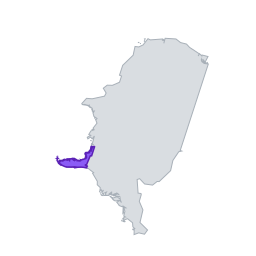 United States of America, with Florida highlighted, rotated 108°
{"feature_id": "USA-3542", "entity_name": "Florida", "entity_type": "State", "adm_level": 1, "iso_a3": "USA", "parent_name": "United States of America", "parent_adm1": "", "projection": "equal_earth", "projection_center": [-82.742, 27.771], "detail": "fine", "context": "in_parent", "style": "filled", "palette": "violet", "viewbox_px": 256, "rotation_deg": 108, "n_neighbors": 0, "source": "natural_earth", "source_scale": "10m", "svg_char_len": 9145}
<svg xmlns="http://www.w3.org/2000/svg" viewBox="0 0 256 256"><g transform="rotate(108 128 128)"><path d="M201.3,88.5L214.2,87.4L219.0,77.9L223.9,79.5L224.4,85.4L227.5,89.3L222.7,90.7L222.5,91.8L221.6,90.5L220.5,92.8L216.7,94.4L214.4,100.5L216.7,103.1L218.2,102.7L217.7,101.6L218.2,102.1L218.4,103.4L214.2,104.3L213.4,102.9L213.0,104.8L208.2,105.2L204.6,107.6L204.9,106.2L204.6,105.4L203.7,108.7L204.7,109.2L204.5,112.1L202.1,115.7L199.4,113.4L200.9,111.2L199.2,112.7L200.0,115.3L201.1,116.7L201.3,118.4L198.3,124.4L199.2,120.6L196.7,117.1L198.2,113.3L195.8,114.5L196.7,120.0L194.4,118.3L193.5,118.5L194.3,116.7L194.2,116.2L193.4,117.6L193.4,118.7L197.0,120.9L196.3,121.9L194.6,119.9L194.0,119.6L196.1,121.9L196.9,122.4L196.5,123.8L195.3,122.7L197.1,124.8L196.7,125.1L195.8,124.0L193.6,123.5L196.4,125.6L198.1,125.5L199.9,130.7L198.3,126.7L198.9,129.3L195.6,128.7L198.0,131.3L199.1,130.6L197.7,132.9L194.6,132.1L196.5,133.3L194.9,134.5L196.8,135.3L193.3,135.9L191.5,139.7L188.2,140.7L182.0,147.7L181.1,146.9L178.8,153.3L178.6,154.9L179.6,159.9L184.1,174.8L182.6,182.7L180.2,183.2L177.9,178.9L177.5,175.4L174.1,171.3L175.3,169.5L173.7,169.6L174.4,164.4L170.5,159.3L164.5,160.5L163.5,157.5L157.6,157.2L158.3,156.1L157.3,157.2L154.6,157.8L154.6,155.5L154.1,157.1L146.0,157.5L149.4,158.7L148.2,160.8L150.7,162.8L149.4,163.9L146.5,161.2L146.3,163.3L142.3,162.4L140.2,159.7L138.7,161.1L133.0,159.0L129.4,161.9L130.3,161.1L128.5,160.4L127.5,164.0L123.8,166.4L124.6,165.7L122.3,165.3L123.1,166.5L120.3,168.1L119.0,172.2L117.8,171.5L118.8,172.6L118.9,176.4L119.9,178.7L119.0,179.5L112.6,176.6L111.3,171.1L105.0,160.2L101.5,159.6L97.8,163.8L93.7,161.0L92.2,156.0L87.1,150.2L80.6,150.2L80.4,152.4L70.0,152.4L57.2,145.6L48.3,146.5L47.6,142.8L44.3,139.3L36.9,136.6L37.3,134.0L32.6,122.5L33.0,121.3L34.0,122.8L33.6,120.3L36.4,120.1L31.2,120.4L28.5,109.9L30.5,104.4L30.1,98.3L32.3,94.4L35.4,83.2L37.9,83.5L35.2,83.0L36.7,80.0L35.7,80.1L35.3,74.0L41.4,75.0L39.5,78.2L42.0,75.9L41.2,78.6L39.6,79.3L40.6,79.4L42.1,78.3L43.1,75.5L42.3,71.4L133.2,71.4L133.3,69.8L134.9,72.4L145.0,75.3L155.4,74.3L169.3,81.8L169.9,83.8L174.7,87.0L176.1,94.9L172.6,101.3L174.2,103.4L186.8,98.3L186.3,95.4L187.4,94.8L194.3,94.6L201.3,88.5ZM209.7,106.6L211.8,106.2L204.5,108.2L210.5,105.8L209.7,106.6ZM42.2,74.0L42.7,75.6L42.5,75.9L41.7,74.6L42.2,74.0ZM119.8,178.0L119.0,174.7L119.2,172.8L119.2,174.8L119.8,178.0ZM223.2,91.0L223.2,91.9L222.9,91.7L223.2,91.0ZM140.2,160.7L140.3,161.4L139.7,160.8L140.2,160.7ZM39.5,139.5L40.4,139.1L40.5,139.2L39.5,139.5ZM38.6,139.3L38.2,139.8L37.9,139.3L38.6,139.3ZM216.2,104.4L215.6,105.0L215.5,104.9L216.2,104.4ZM119.8,171.1L119.2,172.6L120.6,169.7L119.8,171.1ZM182.8,169.8L183.7,172.8L182.7,169.6L182.8,169.8ZM43.7,141.9L44.0,142.7L43.7,142.0L43.7,141.9ZM183.0,183.2L182.2,184.1L183.4,182.1L183.0,183.2ZM200.2,132.4L199.5,133.5L200.1,130.9L200.2,132.4ZM41.6,72.6L41.5,73.1L41.2,72.8L41.6,72.6ZM123.1,167.1L121.8,167.8L123.1,166.9L123.1,167.1ZM218.2,104.7L218.2,105.4L217.5,105.2L218.2,104.7ZM43.4,144.1L43.6,145.0L43.3,144.2L43.4,144.1ZM121.4,168.4L120.9,168.7L121.4,168.1L121.4,168.4ZM201.0,119.5L200.2,121.0L201.1,119.0L201.0,119.5ZM129.0,162.6L128.2,163.2L129.4,162.2L129.0,162.6ZM178.9,154.1L178.8,155.3L178.7,154.5L178.9,154.1ZM197.1,135.5L196.8,135.7L197.6,134.9L197.1,135.5ZM166.7,160.2L165.6,160.8L165.2,160.7L166.7,160.2ZM154.2,157.5L154.0,157.8L153.4,157.7L154.2,157.5ZM176.4,175.5L176.5,176.4L176.2,175.3L176.4,175.5ZM151.6,159.2L151.4,160.0L151.4,158.6L151.6,159.2ZM180.7,185.3L180.1,185.3L180.9,185.1L180.7,185.3ZM204.3,112.6L203.9,113.3L204.4,112.3L204.3,112.6ZM198.8,133.7L198.5,134.0L198.4,134.0L198.8,133.7Z" fill="#d9dde1" stroke="#a8b0b8" stroke-width="1"/><path d="M157.2,157.3L156.5,157.3L156.8,157.2L156.7,157.0L157.0,156.7L156.8,156.5L156.7,156.3L156.8,155.6L156.5,155.3L156.0,154.6L156.2,154.0L165.7,154.0L165.9,154.5L166.0,155.1L166.2,155.3L175.9,156.1L176.0,156.5L176.0,156.8L176.2,157.1L176.6,157.0L176.7,156.0L176.6,155.7L176.6,155.3L176.9,154.9L178.0,155.3L178.8,155.4L178.9,156.3L178.7,155.8L178.6,156.2L179.0,156.6L179.0,157.4L179.6,160.2L180.8,163.5L181.9,165.6L182.3,166.5L182.0,166.8L182.1,167.8L182.2,168.5L182.6,169.3L182.6,169.5L182.1,168.4L182.0,167.8L182.0,166.9L182.1,166.3L182.0,165.8L181.8,165.7L181.7,165.8L181.4,165.8L181.3,165.5L181.4,165.1L181.1,164.9L181.5,167.0L182.9,170.5L183.0,171.2L183.6,172.8L183.1,172.6L183.8,173.1L184.0,173.9L183.9,174.1L184.1,174.2L184.2,174.8L184.1,175.0L184.2,175.9L184.0,178.1L183.9,178.3L183.9,178.5L183.9,180.0L183.8,179.3L183.7,179.5L183.6,180.1L183.4,180.2L183.2,180.8L183.1,181.5L183.2,182.0L182.8,182.6L182.9,182.9L182.7,182.7L182.5,182.8L182.7,183.0L182.6,182.8L182.4,182.8L182.5,182.6L182.3,182.6L182.1,182.9L181.9,182.9L181.9,183.1L181.7,183.1L181.4,183.1L181.2,182.9L181.0,183.1L180.2,183.3L179.9,182.7L180.0,182.4L180.1,182.1L180.3,182.5L180.7,182.7L180.6,182.8L180.8,182.8L180.9,182.6L180.7,182.3L180.1,181.9L179.8,181.2L179.7,181.0L179.6,180.3L179.4,180.3L179.3,180.1L179.4,179.9L178.8,179.3L178.4,179.3L178.3,179.1L178.2,179.2L177.9,179.3L177.8,179.2L178.0,179.1L178.1,178.9L177.8,178.8L177.6,178.1L177.6,178.3L177.4,176.6L177.3,176.3L177.3,176.6L176.8,176.4L176.8,176.2L176.9,176.3L177.2,176.0L177.2,175.8L177.7,175.2L177.2,175.6L177.0,176.1L176.7,176.2L176.5,175.4L176.6,174.5L176.5,174.3L176.8,174.0L176.9,173.8L176.4,174.0L176.2,174.2L176.1,173.9L176.0,174.0L175.8,173.7L176.1,174.1L176.3,174.8L176.2,174.9L176.2,174.7L176.1,174.8L175.6,174.6L175.5,174.1L175.4,174.0L175.5,174.3L175.4,174.2L175.1,173.3L175.0,172.8L174.7,172.4L174.8,172.3L174.7,171.8L174.2,171.5L174.1,171.2L174.4,171.5L174.4,171.3L174.3,171.2L174.6,171.3L174.4,171.2L174.7,171.1L175.4,169.8L175.2,169.2L175.0,169.7L174.8,169.7L174.8,169.1L174.5,169.0L174.6,168.9L174.2,168.6L174.2,169.0L174.4,169.0L174.1,169.2L174.7,169.4L174.6,169.5L174.5,170.2L174.4,170.3L173.8,169.6L174.1,170.2L174.1,170.5L173.7,169.7L173.6,169.3L173.7,169.1L173.7,169.4L173.9,168.3L173.9,167.8L174.1,167.3L174.3,166.6L174.5,165.4L174.4,165.1L174.3,164.8L174.3,164.7L174.5,164.9L174.4,164.4L174.1,164.0L173.8,163.0L172.9,162.9L172.8,162.5L172.5,162.3L172.3,161.8L171.6,161.2L171.6,160.6L171.1,160.2L170.6,159.3L169.3,158.4L168.7,158.5L168.6,158.4L168.0,158.7L168.0,158.9L168.1,159.0L167.7,158.9L168.1,159.2L168.1,159.4L167.5,159.3L166.1,160.2L166.1,159.9L165.7,160.3L165.2,160.3L164.4,160.5L164.2,160.3L164.2,159.6L164.3,160.2L164.5,160.4L164.6,159.9L164.4,159.4L163.7,158.9L163.6,158.7L163.9,159.0L163.2,158.2L163.4,158.3L164.1,158.8L164.2,158.6L163.9,158.4L163.9,158.2L163.6,158.2L163.6,158.3L163.0,157.9L163.3,157.6L163.6,157.5L163.5,157.3L163.4,157.5L163.1,157.7L162.9,157.3L162.5,157.6L162.9,157.7L163.0,158.0L161.8,157.4L160.1,156.9L160.7,156.9L160.9,156.7L161.1,156.9L161.1,156.7L161.6,157.0L161.5,156.6L161.3,156.6L161.2,156.4L160.5,156.6L160.4,156.5L160.5,156.3L160.3,156.4L160.2,156.3L160.2,156.5L159.8,156.7L159.8,156.8L159.1,156.8L157.6,157.1L157.8,157.0L158.3,156.9L158.5,156.6L158.3,156.4L158.5,156.1L158.2,155.9L158.0,156.7L157.9,156.1L157.7,156.0L157.8,156.5L157.7,156.7L157.3,156.9L157.3,157.1L157.2,157.2L157.2,157.3ZM181.5,166.1L181.9,165.8L182.0,166.0L181.8,166.6L181.8,167.4L181.8,167.7L181.5,166.4L181.5,166.1ZM183.4,182.1L183.0,183.1L182.6,183.5L182.2,184.1L182.7,183.3L182.7,183.1L182.8,183.1L183.0,182.7L183.0,182.4L183.4,182.1L183.4,182.1ZM159.4,156.9L160.1,156.9L157.4,157.3L157.2,157.3L159.4,156.9ZM183.2,171.7L182.6,169.5L182.9,170.3L183.7,172.9L183.2,171.7ZM176.5,176.4L176.3,175.8L176.2,175.3L176.4,175.5L176.5,176.4ZM176.3,176.5L176.7,176.6L176.2,176.5L176.1,176.1L176.3,176.5ZM165.3,160.7L165.0,160.5L164.9,160.4L165.4,160.4L165.3,160.7ZM178.7,185.7L178.6,185.8L178.2,186.0L178.5,185.7L178.4,185.6L178.6,185.8L178.5,185.4L178.7,185.7ZM165.7,160.8L166.8,160.1L166.5,160.4L165.8,160.8L165.5,160.8L165.3,160.7L165.7,160.8ZM179.0,185.1L179.3,185.5L179.0,185.1ZM179.2,179.7L179.1,179.9L178.9,179.8L178.9,179.6L179.2,179.7ZM174.4,171.9L174.3,171.6L174.6,172.2L174.4,171.9ZM178.0,185.9L178.2,186.0L177.9,186.1L178.0,185.9ZM178.9,179.7L178.7,179.6L178.8,179.5L178.9,179.7ZM177.9,179.3L178.1,179.4L178.0,179.5L177.9,179.3ZM180.3,185.5L180.1,185.4L180.5,185.2L180.3,185.4L180.3,185.5ZM166.9,159.9L167.2,159.8L166.9,160.0L166.9,159.9ZM175.7,174.8L175.9,175.0L175.7,174.8ZM178.8,185.5L178.7,185.5L178.7,185.4L178.8,185.5ZM181.4,184.7L181.4,184.8L181.2,184.9L181.4,184.7ZM183.8,180.5L183.7,180.3L183.8,180.2L183.8,180.5ZM183.7,181.4L183.6,181.8L183.7,181.4ZM180.9,185.1L180.5,185.3L180.8,185.1L180.9,185.1ZM180.3,182.4L180.5,182.4L180.4,182.5L180.3,182.4ZM177.8,186.0L177.7,186.2L177.8,186.0ZM175.9,175.5L175.9,175.3L176.0,175.8L175.9,175.5ZM178.5,179.3L178.5,179.6L178.5,179.3ZM180.3,182.2L180.3,182.3L180.2,182.2L180.3,182.2ZM174.2,165.0L174.2,164.9L174.3,164.9L174.3,165.0L174.2,165.0ZM174.3,165.1L174.3,165.3L174.2,165.2L174.3,165.1ZM178.9,185.5L179.0,185.6L178.9,185.6L178.9,185.5ZM172.9,163.1L173.0,163.1L172.9,163.2L172.9,163.1ZM181.8,184.5L181.7,184.6L181.8,184.5ZM179.3,185.4L179.4,185.5L179.3,185.4ZM176.4,186.1L176.3,185.9L176.4,186.0L176.4,186.1ZM182.0,184.2L181.9,184.4L182.0,184.2ZM181.9,167.9L181.8,167.7L181.9,167.9Z" fill="#8b5cf6" stroke="#5b21b6" stroke-width="1.5"/></g></svg>